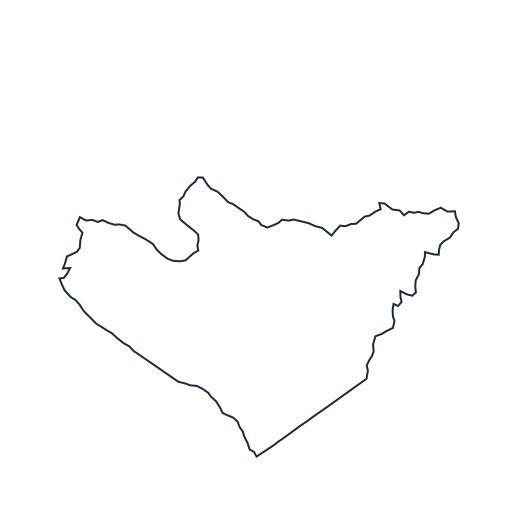 the district of Contenda, Paraná, Brazil, rotated 308°
{"feature_id": "56859067B27721261904697", "entity_name": "Contenda", "entity_type": "district", "adm_level": 2, "iso_a3": "BRA", "parent_name": "Brazil", "parent_adm1": "Paraná", "projection": "mercator", "projection_center": [-49.513, -25.7], "detail": "fine", "context": "isolated", "style": "outline", "palette": "slate", "viewbox_px": 512, "rotation_deg": 308, "n_neighbors": 0, "source": "geoboundaries", "source_scale": "gbopen_adm2", "svg_char_len": 2404}
<svg xmlns="http://www.w3.org/2000/svg" viewBox="0 0 512 512"><g transform="rotate(308 256 256)"><path d="M139.2,107.3L133.0,109.9L127.3,111.6L132.1,116.9L125.5,118.1L120.3,118.0L117.3,114.9L113.7,121.1L111.1,126.4L109.6,135.1L110.2,141.3L109.0,147.2L106.6,153.9L105.8,160.3L104.9,167.4L104.3,172.0L105.0,177.2L105.5,183.4L106.4,189.9L105.8,197.9L105.8,205.5L106.8,211.4L105.8,218.6L106.2,223.6L109.1,272.3L112.0,278.8L113.6,283.8L117.2,289.3L118.4,295.7L118.8,302.6L117.5,306.9L116.9,314.2L114.3,321.2L111.7,326.4L113.2,332.6L114.6,337.5L114.1,343.5L111.1,348.4L109.6,353.5L106.2,358.5L103.6,364.2L99.5,370.3L100.4,375.0L98.3,379.9L111.5,384.4L118.4,386.6L123.8,388.0L128.9,389.6L150.6,395.8L157.4,398.0L163.2,399.6L182.7,405.6L188.6,407.3L214.6,414.9L227.2,418.7L234.6,414.7L237.8,410.7L242.9,409.5L248.9,408.9L253.4,407.3L258.4,402.7L266.3,399.5L271.4,402.8L276.8,404.9L283.6,408.2L290.1,405.1L292.5,401.3L297.4,397.0L302.9,393.9L304.0,398.7L309.4,399.0L313.0,394.7L317.3,391.3L318.6,398.3L320.8,403.5L325.6,404.5L330.1,400.2L335.1,396.9L342.4,395.4L346.8,392.3L352.3,392.3L359.1,389.7L363.1,386.8L366.6,394.9L369.5,399.2L373.2,396.6L378.0,394.4L382.7,394.7L389.8,397.5L395.9,397.0L401.8,398.4L406.5,395.7L410.0,389.2L413.7,385.2L408.9,379.6L407.7,371.8L401.8,368.5L395.8,366.2L392.5,361.2L390.8,356.8L387.4,354.0L385.0,349.2L379.2,347.5L380.3,341.1L376.6,334.9L376.5,324.9L373.6,320.6L369.6,325.4L364.6,322.8L357.8,320.6L353.8,317.3L343.0,315.0L339.6,311.1L334.7,308.3L331.7,303.6L323.4,303.0L318.6,303.0L318.8,296.4L318.8,290.7L316.0,284.3L314.3,277.3L310.7,269.3L307.9,263.2L304.0,260.0L300.6,254.1L295.9,253.3L290.7,250.6L285.4,247.4L283.6,241.0L284.9,236.6L283.2,231.0L282.6,225.1L283.6,220.0L283.2,213.4L282.8,206.4L281.3,201.0L282.3,193.7L283.0,186.0L281.3,179.1L282.5,173.2L285.1,165.8L282.1,161.8L276.8,162.2L270.2,160.9L263.3,160.8L258.4,162.1L253.0,161.3L249.9,164.1L241.8,168.6L238.2,173.6L237.8,185.3L237.8,192.0L237.3,197.2L233.1,201.0L228.1,203.4L224.7,207.2L220.0,205.1L214.0,204.0L209.3,203.2L205.2,199.6L201.3,193.8L199.4,188.1L199.2,180.0L200.0,173.5L202.0,167.4L201.2,158.6L199.8,150.9L199.0,144.8L199.3,140.4L199.6,134.4L196.6,128.7L193.6,125.4L191.3,119.5L189.8,113.0L185.5,110.5L183.6,104.7L179.3,100.2L178.2,93.3L173.9,94.5L170.0,95.5L168.5,99.9L167.5,104.9L160.4,107.8L154.0,112.1L149.1,112.3L145.2,110.4L139.2,107.3Z" fill="none" stroke="#1e293b" stroke-width="2"/></g></svg>